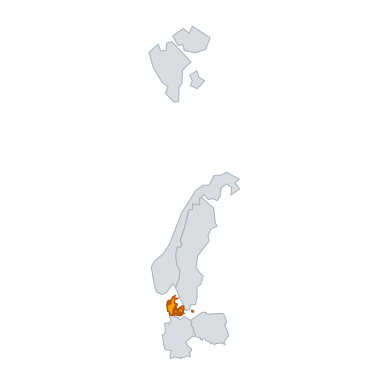 Denmark shown with its bordering countries, rotated 354°
{"feature_id": "DNK", "entity_name": "Denmark", "entity_type": "country or territory", "adm_level": 0, "iso_a3": "DNK", "parent_name": "Europe", "parent_adm1": "", "projection": "mercator", "projection_center": [10.731, 56.183], "detail": "fine", "context": "with_neighbors", "style": "filled", "palette": "amber", "viewbox_px": 384, "rotation_deg": 354, "n_neighbors": 4, "source": "natural_earth", "source_scale": "50m", "svg_char_len": 6279}
<svg xmlns="http://www.w3.org/2000/svg" viewBox="0 0 384 384"><g transform="rotate(354 192 192)"><path d="M181.0,48.4L182.4,41.2L187.8,40.5L204.5,62.6L195.3,70.0L193.2,83.2L190.0,86.5L188.2,100.3L183.8,100.9L175.9,90.9L179.2,84.8L173.7,79.8L166.6,64.3L163.7,48.8L173.7,41.4L175.7,48.6L181.0,48.4ZM239.6,193.9L230.4,199.0L232.0,191.7L227.2,187.4L221.5,191.0L219.7,198.7L216.2,203.2L212.3,200.8L207.5,201.3L203.4,195.8L201.2,198.6L198.9,199.0L198.4,205.7L191.5,204.1L190.5,209.6L187.0,209.6L180.8,226.8L175.1,239.2L176.5,242.2L175.2,245.5L171.6,245.4L169.2,253.1L169.4,263.7L171.7,267.6L170.5,276.4L165.8,285.6L163.4,281.2L156.1,289.4L151.2,291.0L146.1,287.5L144.8,279.8L143.7,262.4L147.0,257.3L156.8,250.5L164.0,241.8L179.6,211.5L195.8,191.1L203.9,186.4L209.9,187.0L215.5,177.8L222.2,178.3L228.8,176.1L240.3,184.2L235.6,187.2L239.6,193.9ZM226.1,40.4L220.6,51.5L209.9,53.9L199.1,50.6L198.4,44.9L193.2,44.5L189.2,34.7L200.5,28.5L205.8,33.9L209.6,27.2L226.1,40.4ZM216.2,82.8L208.0,89.8L201.5,85.8L204.0,81.4L201.8,75.7L209.4,72.0L210.9,78.8L216.2,82.8Z" fill="#d9dde1" stroke="#a8b0b8" stroke-width="1"/><path d="M165.8,285.6L170.5,276.4L171.7,267.6L169.4,263.7L169.2,253.1L171.6,245.4L175.2,245.5L176.5,242.2L175.1,239.2L180.8,226.8L187.0,209.6L190.5,209.6L191.5,204.1L198.4,205.7L198.9,199.0L201.2,198.6L211.8,210.3L211.9,224.9L213.2,228.5L206.9,231.0L203.3,237.2L203.9,242.4L190.9,256.2L188.2,267.2L190.9,272.6L194.4,276.7L191.0,284.9L187.2,286.5L185.8,298.1L183.7,304.4L179.2,303.8L177.1,308.9L172.9,309.2L171.7,303.0L168.6,295.4L165.8,285.6Z" fill="#d9dde1" stroke="#a8b0b8" stroke-width="1"/><path d="M211.6,318.4L211.8,321.2L212.8,323.5L212.8,326.0L210.6,327.2L213.6,337.7L213.2,339.4L211.4,340.0L208.1,344.8L209.0,347.3L204.7,344.8L202.1,345.6L200.4,345.0L198.2,346.2L196.3,344.2L194.8,345.0L192.9,341.9L190.2,341.5L189.8,339.7L187.3,339.1L186.8,340.6L184.8,339.4L185.0,337.8L182.3,337.3L180.5,335.4L179.0,331.6L179.3,329.6L178.4,326.4L177.0,324.2L178.1,322.6L177.2,319.4L190.1,312.5L193.8,313.6L194.0,315.1L208.9,315.8L210.8,316.5L211.6,318.4Z" fill="#d9dde1" stroke="#a8b0b8" stroke-width="1"/><path d="M177.2,319.4L178.1,322.6L177.0,324.2L178.4,326.4L179.3,329.6L179.0,331.6L180.5,335.4L178.9,336.0L177.9,335.3L170.3,340.3L171.3,344.4L175.3,348.1L174.0,350.7L172.7,351.4L173.2,355.0L172.8,355.9L171.7,354.8L169.9,354.6L167.3,355.6L164.1,355.4L163.5,356.8L161.7,355.3L160.6,355.6L156.6,353.9L155.9,355.1L152.8,355.1L153.2,351.2L155.1,347.4L149.8,346.3L148.1,344.8L148.3,342.4L147.5,341.1L147.9,337.2L147.3,331.0L149.5,331.0L150.5,328.7L151.4,323.2L150.7,321.1L151.4,319.8L154.5,319.5L155.2,320.8L157.7,317.8L156.8,315.4L156.7,311.8L159.4,312.6L161.8,311.7L161.8,314.1L165.6,315.6L165.5,317.8L169.3,316.7L171.3,314.9L177.2,319.4Z" fill="#d9dde1" stroke="#a8b0b8" stroke-width="1"/><path d="M161.1,312.7L160.8,312.6L160.7,312.5L160.2,312.6L159.7,312.8L159.3,312.8L159.1,312.6L158.0,312.2L157.9,312.2L157.2,312.2L157.1,311.7L157.1,311.3L156.8,310.7L157.2,310.6L157.1,309.5L157.0,308.9L156.0,308.3L155.2,307.7L155.4,305.7L155.5,305.2L155.2,304.2L155.2,303.0L155.3,301.1L155.6,301.0L155.8,301.0L156.5,301.3L156.8,301.4L157.0,301.7L157.2,301.8L157.4,301.5L157.4,300.9L158.0,300.2L158.4,299.9L158.6,299.8L158.9,300.1L159.1,300.4L159.2,299.7L159.3,298.3L158.8,298.1L158.4,298.3L157.9,299.2L157.6,300.3L156.9,300.4L156.4,300.7L156.0,300.4L155.7,300.1L155.7,299.7L155.8,299.4L156.3,298.5L157.0,297.7L157.7,297.7L158.2,297.4L158.5,297.4L159.5,297.4L160.0,297.2L160.4,296.8L161.4,295.2L161.9,294.5L163.0,294.2L164.0,293.4L164.3,293.4L163.8,294.0L163.7,294.6L164.0,295.4L164.0,295.8L164.0,296.8L163.7,297.2L163.3,298.3L163.2,298.4L163.1,299.6L163.2,299.9L163.1,301.0L163.5,301.4L163.9,301.6L165.2,301.6L165.3,301.8L165.5,302.1L165.4,302.7L165.2,303.1L164.8,303.5L164.4,303.7L164.1,303.8L163.6,303.3L163.4,303.4L163.2,303.7L162.9,305.0L162.7,306.0L162.5,305.9L162.1,305.9L161.7,306.1L161.9,306.3L162.2,306.6L162.1,306.8L161.7,307.0L161.4,307.4L161.2,307.6L160.8,308.0L160.6,308.4L160.7,308.9L160.7,309.4L160.9,309.9L160.8,310.2L160.2,310.8L160.1,311.3L160.5,311.3L160.8,311.4L160.9,311.6L161.1,311.8L161.0,312.0L161.1,312.7ZM171.5,306.5L171.5,307.1L171.4,307.3L171.3,307.5L170.9,307.6L170.6,307.8L170.3,308.1L170.2,308.6L170.4,308.9L170.8,309.1L170.9,309.7L170.6,310.0L169.8,310.4L169.7,311.1L169.7,311.7L169.7,312.1L169.6,312.7L168.9,313.0L168.5,312.1L168.5,311.7L168.3,311.3L168.3,310.9L168.1,310.4L167.5,310.2L167.2,310.2L166.9,310.3L166.4,309.5L166.4,308.6L166.2,308.1L166.2,307.9L166.2,307.7L165.8,307.4L165.7,306.9L165.9,306.8L166.6,306.8L166.8,306.8L166.9,306.7L167.4,305.9L167.4,305.7L167.5,305.4L168.1,305.4L168.3,305.7L168.3,306.2L168.3,306.9L168.6,307.0L168.8,307.1L168.9,306.6L169.0,306.3L169.1,306.2L169.2,305.8L169.1,305.5L168.9,305.3L169.6,304.7L170.2,304.3L170.6,304.3L171.0,304.4L171.4,304.5L171.5,304.7L171.7,304.9L171.4,305.3L171.4,305.6L171.5,306.5ZM164.4,307.6L164.6,308.0L164.8,308.7L165.1,309.5L165.0,309.8L165.0,310.3L165.0,310.7L164.4,311.2L163.7,311.3L163.0,311.0L162.0,310.5L162.0,310.2L161.8,310.1L161.6,309.3L161.6,308.2L162.0,308.1L163.1,307.6L163.4,307.7L163.6,307.9L163.9,308.0L164.4,307.6L164.4,307.6ZM167.1,312.3L167.7,312.7L168.2,312.6L168.5,312.8L168.5,313.0L168.6,313.6L168.2,313.8L167.9,313.7L167.4,313.9L165.9,313.0L165.9,312.2L166.0,311.9L166.7,311.9L167.1,312.3ZM180.8,311.4L180.6,311.5L180.0,311.4L179.3,310.9L179.4,310.0L179.6,309.7L180.9,310.6L181.0,311.0L180.8,311.4ZM164.8,313.2L164.6,313.2L164.4,312.7L164.6,312.2L164.8,311.8L165.2,311.2L165.5,310.6L165.5,311.2L164.9,312.8L164.8,313.2ZM162.3,312.3L161.9,312.4L161.7,312.2L161.4,312.2L161.2,311.2L161.3,311.1L162.1,311.7L162.3,312.2L162.3,312.3ZM171.4,311.8L170.7,311.8L170.1,312.3L169.9,312.1L169.9,311.8L170.0,311.7L170.4,311.4L170.4,311.2L170.6,311.3L171.0,311.4L171.1,311.5L171.3,311.6L171.4,311.8ZM164.3,306.5L164.2,306.6L164.0,306.1L164.1,305.7L164.0,305.3L164.1,305.1L164.4,305.6L164.5,305.9L164.4,306.2L164.3,306.5ZM165.9,296.7L165.8,296.9L165.3,296.6L165.5,296.3L166.1,296.2L166.4,296.2L166.0,296.5L165.9,296.7ZM163.9,312.5L163.6,312.6L163.3,312.5L162.9,311.9L163.0,311.9L163.3,312.2L163.6,312.2L163.9,312.5L163.9,312.5ZM171.9,307.7L171.5,308.0L171.4,308.0L171.3,307.6L171.5,307.4L171.6,307.2L171.8,307.4L171.9,307.7Z" fill="#f59e0b" stroke="#b45309" stroke-width="1.5"/></g></svg>